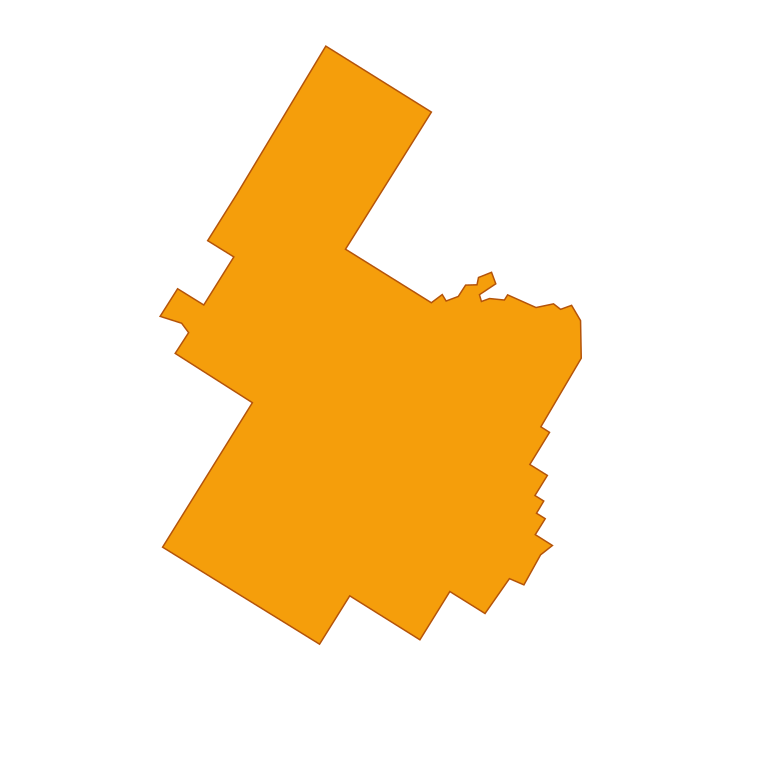 the district of Power, Idaho, United States of America, rotated 32°
{"feature_id": "52423323B18276050714213", "entity_name": "Power", "entity_type": "district", "adm_level": 2, "iso_a3": "USA", "parent_name": "United States of America", "parent_adm1": "Idaho", "projection": "robinson", "projection_center": [-112.754, 42.719], "detail": "fine", "context": "isolated", "style": "filled", "palette": "amber", "viewbox_px": 768, "rotation_deg": 32, "n_neighbors": 0, "source": "geoboundaries", "source_scale": "gbopen_adm2", "svg_char_len": 818}
<svg xmlns="http://www.w3.org/2000/svg" viewBox="0 0 768 768"><g transform="rotate(32 384 384)"><path d="M280.1,128.3L155.6,128.3L158.6,299.8L158.5,355.9L189.3,355.8L189.3,412.5L158.5,412.6L158.3,445.3L180.2,439.7L191.1,444.0L190.7,468.7L282.3,469.6L282.7,639.7L283.6,639.7L467.2,638.8L467.2,581.8L550.0,581.9L549.8,525.1L591.3,525.1L593.5,482.6L609.1,480.2L607.3,445.9L612.4,431.7L592.1,431.6L592.1,412.8L581.8,412.8L581.5,398.6L571.1,398.6L571.0,375.0L550.3,375.0L550.0,337.3L539.7,337.2L537.6,257.6L517.1,226.1L501.4,217.9L494.2,227.1L485.3,226.2L472.4,238.6L441.6,242.9L441.6,249.0L428.2,255.6L422.9,262.4L417.6,257.7L425.7,239.8L416.0,232.3L407.7,243.6L410.3,250.6L400.8,256.9L400.6,270.4L392.7,280.7L386.0,277.3L381.1,290.0L279.9,290.1L280.1,128.3Z" fill="#f59e0b" stroke="#b45309" stroke-width="1.5"/></g></svg>